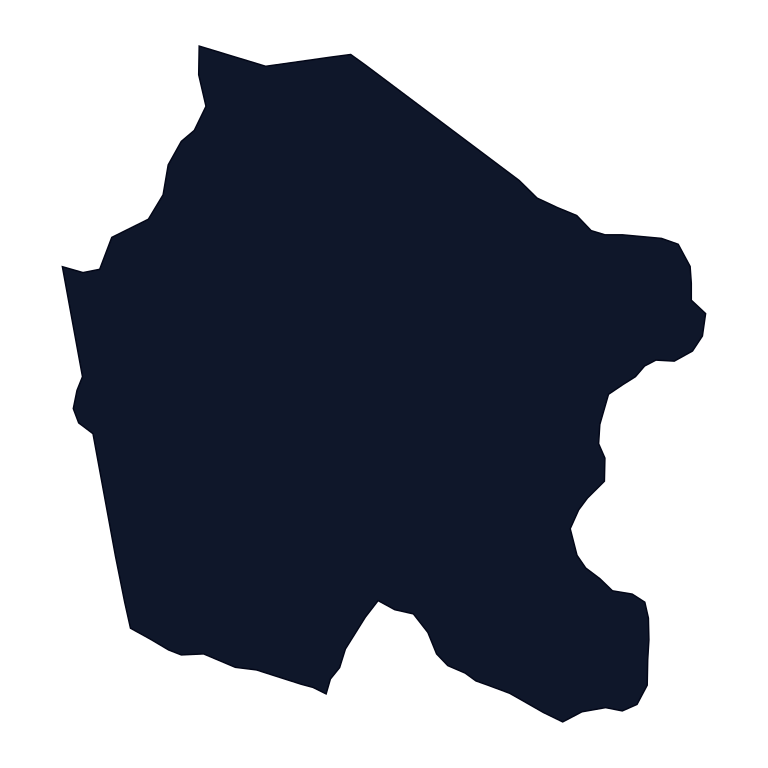 outline of Campo Limpo de Goiás, Goiás, Brazil
{"feature_id": "56859067B68414338718028", "entity_name": "Campo Limpo de Goiás", "entity_type": "district", "adm_level": 2, "iso_a3": "BRA", "parent_name": "Brazil", "parent_adm1": "Goiás", "projection": "equal_earth", "projection_center": [-49.088, -16.284], "detail": "fine", "context": "isolated", "style": "filled", "palette": "ink", "viewbox_px": 768, "rotation_deg": 0, "n_neighbors": 0, "source": "geoboundaries", "source_scale": "gbopen_adm2", "svg_char_len": 1245}
<svg xmlns="http://www.w3.org/2000/svg" viewBox="0 0 768 768"><path d="M199.2,46.1L198.7,74.7L206.0,106.3L194.3,130.4L181.3,141.4L168.2,164.9L163.1,194.8L148.4,219.2L111.8,237.4L99.7,269.3L83.0,272.6L62.4,266.7L82.5,376.7L77.0,390.4L73.3,408.6L78.7,422.9L93.0,433.7L115.5,556.3L124.7,602.2L130.5,628.2L150.1,639.0L168.7,650.0L181.3,654.9L203.6,653.9L235.3,667.3L256.4,669.9L274.5,675.7L301.1,684.2L313.0,687.4L326.1,693.9L330.4,679.0L339.6,667.6L345.4,649.0L365.3,617.2L378.1,600.6L394.8,609.7L413.4,613.9L427.9,632.5L436.6,653.9L447.8,665.6L465.2,673.1L475.9,680.9L488.0,685.2L509.7,693.3L530.3,705.0L543.4,712.5L562.7,721.9L581.9,711.8L605.6,707.6L622.3,710.9L637.0,704.4L647.2,685.2L647.7,659.8L648.9,639.9L648.4,618.1L644.8,602.2L632.2,594.1L612.4,590.8L600.0,578.8L585.7,568.0L577.0,555.3L570.2,528.7L578.7,509.8L587.4,498.1L604.4,481.2L604.9,458.1L598.6,443.7L599.8,424.5L608.5,394.3L623.0,384.5L635.4,376.7L644.6,366.0L655.9,360.1L674.3,361.1L692.5,351.0L702.4,336.0L705.6,313.6L691.3,300.2L691.3,283.3L690.1,266.4L678.2,244.3L661.5,238.4L622.3,234.8L604.9,234.8L591.1,230.6L576.8,215.6L557.2,207.5L537.1,198.1L519.2,180.5L365.7,65.3L350.7,54.5L330.9,57.1L265.7,66.3L199.2,46.1Z" fill="#0f172a" stroke="#020617" stroke-width="1.5"/></svg>